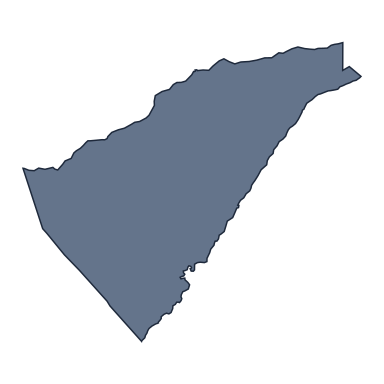 outline of Calaveras, California, United States of America
{"feature_id": "52423323B80620838081699", "entity_name": "Calaveras", "entity_type": "district", "adm_level": 2, "iso_a3": "USA", "parent_name": "United States of America", "parent_adm1": "California", "projection": "mercator", "projection_center": [-120.465, 38.171], "detail": "fine", "context": "isolated", "style": "filled", "palette": "slate", "viewbox_px": 384, "rotation_deg": 0, "n_neighbors": 0, "source": "geoboundaries", "source_scale": "gbopen_adm2", "svg_char_len": 2720}
<svg xmlns="http://www.w3.org/2000/svg" viewBox="0 0 384 384"><path d="M342.8,42.6L338.4,43.8L334.4,44.4L331.1,45.3L327.3,48.1L322.8,48.3L318.1,48.4L314.7,49.5L310.3,49.2L304.8,48.6L297.9,47.0L291.9,48.8L286.2,51.6L283.1,53.3L278.8,52.8L276.0,54.8L271.7,57.8L264.7,57.9L256.9,60.1L249.2,61.5L240.8,62.0L234.8,63.9L229.2,61.7L223.9,58.8L219.2,60.9L212.9,66.1L208.8,70.3L203.1,70.0L197.4,70.6L196.8,69.8L195.1,70.0L195.3,71.1L194.6,71.6L193.6,71.5L191.8,74.8L185.7,81.1L181.2,82.4L176.9,82.5L173.3,84.6L169.5,89.4L162.1,91.5L155.3,95.6L154.2,101.3L154.4,105.4L151.9,110.0L149.0,115.3L146.1,118.0L139.6,121.5L134.7,122.3L131.1,124.5L124.4,128.2L118.3,129.8L111.8,132.4L107.9,136.5L107.1,138.6L104.7,139.8L102.1,139.7L95.8,140.3L90.2,140.8L87.9,140.8L85.8,142.7L83.4,145.4L80.4,148.3L76.3,150.8L73.9,152.9L71.2,158.4L65.1,160.9L62.7,164.3L59.9,167.5L57.7,170.0L54.8,169.1L52.9,167.4L45.0,169.3L38.7,168.1L34.2,170.7L28.9,170.3L24.1,168.4L23.0,168.3L42.7,228.7L47.0,233.5L64.4,254.8L79.4,270.3L107.1,301.2L110.0,306.0L141.6,341.4L141.8,340.7L144.8,337.8L145.5,335.3L146.9,333.2L147.7,330.8L149.0,328.5L151.9,326.1L155.7,323.9L157.4,323.4L158.4,322.9L158.3,322.5L158.6,321.7L159.7,320.7L161.2,318.6L161.2,316.7L164.0,314.3L166.5,313.2L168.9,313.9L171.1,312.5L171.8,310.7L172.7,308.7L172.9,305.8L175.3,304.4L176.7,302.2L178.6,302.2L179.3,302.6L180.4,301.6L181.2,300.3L181.8,298.6L181.0,296.9L181.3,294.7L182.0,293.3L182.8,291.7L184.9,290.9L188.3,289.0L189.6,284.8L187.8,282.4L185.0,279.8L184.8,278.1L182.9,278.3L181.7,278.7L180.9,278.8L180.1,277.3L182.1,276.3L183.7,276.0L184.8,274.2L183.5,272.8L183.3,271.0L185.0,270.6L187.2,269.7L187.9,267.1L188.9,265.8L190.8,266.4L191.5,267.6L190.8,268.7L190.2,268.8L190.8,270.2L191.2,271.1L193.4,271.2L194.5,269.9L194.6,264.2L197.4,262.6L200.3,262.2L204.4,262.6L206.9,261.6L207.0,258.3L209.7,252.7L210.7,249.2L214.0,245.2L214.3,243.5L215.1,241.2L216.9,241.1L218.5,238.9L219.2,235.2L221.1,234.0L224.2,231.5L225.7,226.6L227.3,221.1L232.7,217.6L235.4,211.4L236.7,208.2L238.5,207.6L238.9,205.4L237.8,205.2L238.8,203.0L240.5,200.3L243.8,197.8L246.1,193.8L249.8,190.8L251.0,188.1L251.6,185.3L253.1,183.0L255.0,180.4L258.0,175.6L261.1,169.8L266.7,164.8L267.3,160.6L269.4,156.8L273.1,153.5L273.7,149.7L277.0,145.9L279.1,141.7L282.9,139.1L285.7,136.1L286.7,133.2L288.3,129.8L290.0,127.7L292.5,126.1L295.5,123.6L298.2,119.5L299.9,116.3L302.0,112.1L302.4,110.2L303.9,109.2L304.4,107.9L306.7,103.3L308.7,101.9L312.1,99.6L315.1,96.7L318.0,94.5L320.5,93.9L324.5,92.3L328.1,90.9L330.7,90.6L334.6,89.9L337.8,89.2L340.0,86.7L341.8,86.1L343.7,85.3L346.1,84.1L350.0,82.7L353.1,81.0L356.1,80.3L359.8,77.7L361.0,76.4L349.3,66.6L342.7,70.4L342.8,42.6Z" fill="#64748b" stroke="#1e293b" stroke-width="1.5"/></svg>